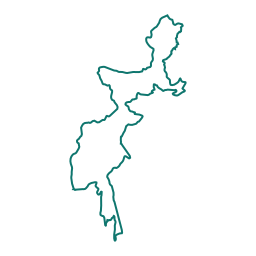 outline of F.A.T.A.
{"feature_id": "PAK-1112", "entity_name": "F.A.T.A.", "entity_type": "Territory", "adm_level": 1, "iso_a3": "PAK", "parent_name": "Pakistan", "parent_adm1": "", "projection": "equal_earth", "projection_center": [70.829, 33.002], "detail": "fine", "context": "isolated", "style": "outline", "palette": "teal", "viewbox_px": 256, "rotation_deg": 0, "n_neighbors": 0, "source": "natural_earth", "source_scale": "10m", "svg_char_len": 5772}
<svg xmlns="http://www.w3.org/2000/svg" viewBox="0 0 256 256"><path d="M150.2,37.6L151.0,37.2L151.4,36.0L151.6,34.6L151.1,32.1L151.1,31.3L151.6,30.6L154.6,27.9L156.3,26.9L156.9,26.3L159.2,22.7L159.8,20.7L160.6,19.0L162.2,17.7L167.4,15.4L168.1,16.7L169.6,18.7L170.6,19.3L172.3,19.8L173.2,22.9L173.2,23.6L174.1,24.5L175.0,24.9L175.3,24.9L177.2,23.7L178.3,23.4L179.9,23.7L181.0,24.1L181.7,24.1L182.1,24.4L182.7,25.7L182.7,25.8L182.0,26.2L181.5,27.0L181.1,27.1L180.9,27.4L181.1,28.0L181.2,28.9L181.0,31.3L180.0,32.1L179.4,31.8L178.1,33.3L177.6,33.6L176.9,36.1L177.0,37.1L175.9,38.4L176.6,40.7L176.5,41.0L176.7,41.8L176.7,42.5L177.2,42.7L177.6,42.6L178.2,44.1L177.2,44.7L176.7,45.2L176.5,46.2L176.7,46.7L176.0,47.1L175.2,47.3L175.1,48.2L175.1,49.0L174.7,48.8L174.2,48.4L173.7,48.2L172.5,49.5L172.3,50.3L171.3,51.3L171.5,52.0L171.2,53.1L171.5,53.5L171.3,54.1L169.9,55.5L169.6,56.3L167.0,58.4L166.6,59.0L163.3,60.1L163.0,60.5L163.0,61.1L162.9,61.4L163.2,61.7L163.9,62.1L164.6,62.7L164.6,63.7L164.1,64.4L164.1,64.8L164.6,65.7L164.9,67.1L165.0,67.6L164.6,68.8L164.5,69.9L164.6,70.6L165.0,71.4L166.0,72.4L166.6,73.7L166.8,74.9L166.7,76.5L166.8,77.0L167.6,77.9L169.2,79.2L169.9,80.1L170.0,82.4L170.3,84.0L170.7,84.8L171.3,85.0L172.2,85.1L174.2,84.7L176.7,83.2L178.0,82.2L178.6,81.5L179.9,78.7L180.2,78.5L180.6,78.9L181.2,80.6L181.9,81.4L182.6,81.8L184.0,82.0L185.2,82.1L185.5,82.3L185.6,82.9L185.3,83.7L182.5,88.4L182.7,88.8L184.6,90.4L184.8,90.8L184.6,91.2L184.2,91.5L182.3,92.3L178.7,94.8L177.6,95.4L176.6,95.5L174.8,95.2L173.4,94.6L173.1,94.4L172.8,93.8L173.2,93.2L175.2,92.3L176.2,91.6L176.4,91.2L176.4,90.7L175.9,90.0L175.4,89.9L174.4,90.2L167.7,89.6L166.7,89.9L164.9,90.1L164.0,90.5L163.7,90.8L163.2,90.9L162.7,90.6L161.3,89.4L159.2,88.2L158.2,87.4L157.5,86.6L157.2,85.8L156.9,85.4L156.2,85.4L155.0,84.5L154.0,84.3L153.9,84.4L153.8,84.7L153.7,87.0L154.4,88.9L154.5,89.6L152.9,90.3L151.9,91.1L151.8,91.5L151.9,91.8L152.6,92.3L152.8,92.6L152.5,92.9L150.3,93.6L149.1,94.6L147.8,95.1L140.8,94.4L140.1,94.1L138.6,93.0L137.9,93.1L137.4,93.7L136.8,95.3L136.6,96.4L136.7,98.1L136.4,98.6L135.6,98.7L134.4,99.3L132.4,99.5L132.0,99.9L130.7,101.5L130.3,101.8L129.8,102.0L128.4,102.0L126.6,102.4L125.7,103.2L125.5,104.1L125.5,104.5L126.3,105.3L128.2,106.5L128.5,107.1L128.9,109.2L130.0,110.9L131.0,111.4L132.1,111.5L133.5,112.1L134.8,112.4L134.9,112.5L134.6,113.6L134.8,114.0L139.4,114.6L142.0,115.6L142.4,115.9L142.6,116.4L142.5,116.8L141.8,118.0L139.0,121.5L137.7,121.9L136.3,123.6L135.3,124.0L132.1,124.9L130.0,124.8L128.4,124.4L127.5,125.1L126.9,125.7L126.2,126.2L124.8,130.8L123.6,132.7L121.9,136.2L121.6,136.6L121.1,136.6L120.9,137.0L120.8,140.1L121.0,141.8L120.8,143.7L121.5,143.9L122.2,145.1L129.7,155.8L130.1,157.3L130.1,157.8L129.4,158.3L128.9,158.3L126.0,156.4L125.1,156.2L124.6,156.4L124.1,157.5L123.5,159.7L123.0,160.9L122.0,162.2L120.4,163.8L119.3,165.8L118.1,167.0L116.7,167.9L116.1,168.0L115.2,167.7L113.8,167.9L113.3,168.2L112.8,168.7L112.3,169.9L111.4,171.3L109.5,172.8L108.5,173.8L107.5,175.2L107.4,175.6L107.2,176.9L108.6,179.3L109.3,181.3L109.6,183.4L110.1,184.5L111.8,186.1L113.5,192.5L113.6,195.1L113.3,196.9L113.7,200.3L114.5,202.0L121.8,230.0L122.1,232.5L121.9,233.2L119.5,233.5L117.3,234.4L115.7,235.4L115.5,235.7L115.4,236.3L115.8,238.4L115.8,239.3L115.4,240.4L115.1,240.6L114.9,240.6L114.6,240.2L114.2,238.3L114.2,236.9L114.2,234.5L114.9,229.5L114.8,225.6L115.5,222.5L115.5,221.8L115.4,221.1L114.7,220.0L114.6,219.4L114.5,218.6L114.5,217.2L114.4,216.6L114.0,216.0L113.8,215.9L112.8,217.6L111.9,218.1L111.1,219.6L110.6,220.0L110.3,220.1L109.2,220.0L108.6,220.5L108.4,220.6L108.2,220.5L107.8,220.1L107.4,220.0L106.9,221.9L106.2,222.8L106.1,223.2L105.9,224.3L105.9,225.5L105.7,225.6L105.2,225.1L104.3,217.8L103.6,216.4L103.2,216.1L102.5,216.0L101.0,215.3L100.5,214.8L100.4,214.2L100.4,212.8L100.9,210.8L101.1,207.0L101.2,205.7L101.1,197.6L101.2,196.3L101.5,195.3L101.7,191.9L101.4,191.7L101.0,191.8L99.9,193.9L98.9,194.6L98.6,194.6L98.1,194.4L97.3,193.3L97.1,192.6L97.1,192.1L98.3,189.6L98.4,189.0L98.2,188.5L96.6,187.3L95.7,186.2L95.6,185.8L95.7,185.4L96.4,183.5L96.5,182.7L96.4,182.4L95.1,182.2L91.4,183.0L89.3,184.0L88.6,184.6L87.5,186.5L86.0,188.2L85.3,188.8L83.8,189.2L83.0,189.1L76.4,189.6L75.5,189.9L74.9,189.9L74.6,189.3L73.4,189.2L73.6,188.9L73.5,188.1L72.1,183.7L71.3,178.1L71.3,176.9L71.7,174.4L71.7,171.9L72.1,168.2L71.9,166.9L70.8,163.7L70.4,161.2L70.6,158.7L71.4,156.5L72.8,154.6L73.7,154.0L75.5,153.3L76.3,152.6L78.6,148.7L79.1,147.5L79.3,146.8L78.9,144.9L78.7,143.4L77.6,142.7L77.3,142.3L77.1,141.8L77.0,140.7L77.5,139.9L79.0,138.7L80.1,137.0L81.4,135.8L81.9,134.1L81.1,127.7L82.0,125.8L83.1,124.1L84.6,123.1L86.4,122.8L87.3,122.8L88.7,122.5L89.9,122.9L90.7,122.7L92.7,121.1L94.4,120.7L97.3,122.4L99.2,122.2L102.5,120.0L102.9,119.9L104.2,120.0L104.7,119.7L105.0,119.2L106.5,116.1L107.0,115.9L108.1,116.3L109.0,116.4L109.9,115.8L117.3,108.9L117.6,107.0L116.9,105.2L114.6,102.3L114.1,100.9L113.8,100.6L112.2,99.9L111.6,99.0L111.2,98.0L111.1,96.9L111.2,95.8L112.1,92.1L112.1,90.7L111.9,90.3L110.9,89.7L110.3,89.0L110.0,88.1L109.7,85.8L109.2,85.2L107.4,85.6L105.0,84.4L103.3,84.2L102.7,83.7L101.5,80.6L100.5,78.9L100.1,78.0L99.5,75.8L99.2,75.0L97.9,73.6L97.6,72.8L99.0,71.1L99.1,70.2L98.9,69.3L99.0,68.4L99.7,67.6L100.9,67.2L103.2,66.8L104.7,66.9L114.1,70.5L116.6,70.8L118.1,71.6L118.9,71.9L122.4,72.0L126.0,72.9L127.3,73.0L133.1,72.0L139.0,72.1L142.1,71.4L142.9,69.7L143.1,69.0L143.5,68.9L144.7,69.3L145.5,69.4L146.1,69.1L146.6,68.6L147.1,67.8L150.2,67.0L150.8,66.3L151.0,65.2L150.9,63.3L151.3,62.2L152.5,60.6L152.8,59.9L152.9,58.5L152.3,55.3L152.3,54.2L153.6,50.2L153.4,48.8L150.3,46.9L149.0,45.5L147.7,43.8L146.8,42.3L146.4,41.3L146.2,40.0L146.2,38.7L146.7,37.7L147.5,37.3L148.4,37.3L150.2,37.6Z" fill="none" stroke="#0f766e" stroke-width="2"/></svg>